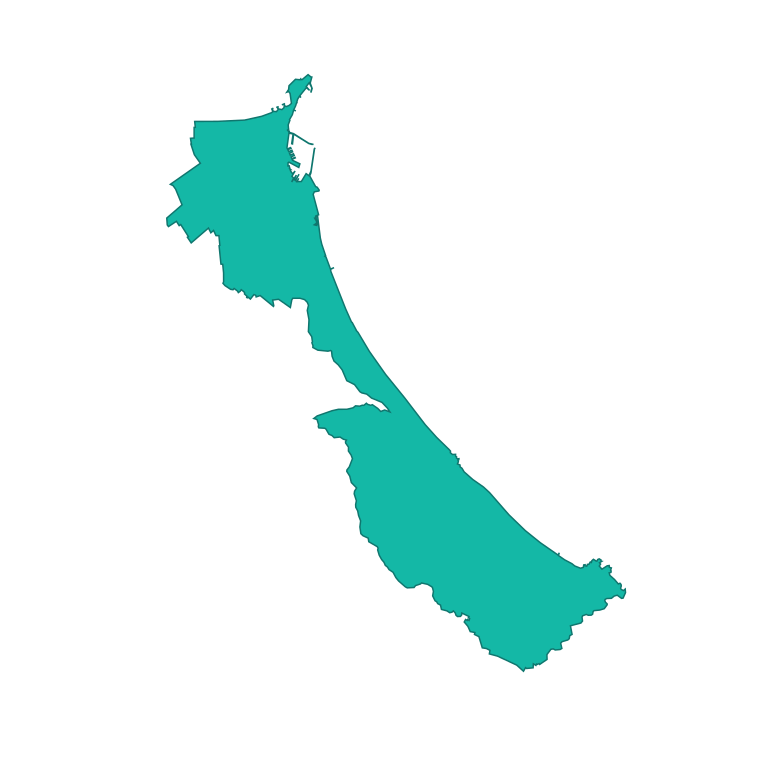 outline of Callao, Lima Province, Peru, rotated 152°
{"feature_id": "86281439B21009248898999", "entity_name": "Callao", "entity_type": "district", "adm_level": 2, "iso_a3": "PER", "parent_name": "Peru", "parent_adm1": "Lima Province", "projection": "natural_earth1", "projection_center": [-77.143, -11.949], "detail": "fine", "context": "isolated", "style": "filled", "palette": "teal", "viewbox_px": 768, "rotation_deg": 152, "n_neighbors": 0, "source": "geoboundaries", "source_scale": "gbopen_adm2", "svg_char_len": 6099}
<svg xmlns="http://www.w3.org/2000/svg" viewBox="0 0 768 768"><g transform="rotate(152 384 384)"><path d="M427.9,704.7L430.1,699.2L431.2,699.7L436.2,690.3L439.5,691.8L441.5,686.1L441.9,686.3L443.8,675.5L442.5,665.1L478.9,660.6L477.1,658.2L476.5,653.8L478.2,637.0L497.9,632.5L500.7,626.2L500.4,624.2L490.9,625.1L490.5,620.0L488.6,620.2L487.5,606.0L488.7,605.9L488.0,599.1L465.8,604.1L465.9,598.8L462.4,599.6L462.7,593.9L460.1,592.5L463.9,583.4L464.7,583.5L471.7,566.4L470.2,565.4L473.5,557.4L477.6,549.6L478.9,548.5L478.2,545.5L475.0,539.6L473.0,538.1L471.5,538.7L469.7,534.8L469.7,533.1L467.4,533.4L465.8,534.3L464.4,531.2L464.3,529.8L464.9,529.0L463.8,525.9L464.6,525.0L464.3,524.3L463.3,524.5L462.1,521.7L456.9,524.0L455.6,522.5L456.0,520.9L451.8,520.2L445.2,504.4L444.6,504.8L442.9,510.4L437.3,508.3L430.8,495.5L425.8,501.7L424.3,502.5L418.0,499.2L414.5,495.8L413.4,492.2L413.7,489.0L417.2,485.0L420.1,475.9L426.2,465.7L425.6,459.7L427.4,454.8L428.3,454.3L428.7,451.2L429.7,449.6L426.5,444.9L418.1,439.3L415.4,438.6L414.9,437.6L416.8,432.9L417.4,427.7L415.4,422.4L414.3,416.1L415.3,404.4L410.3,397.3L408.9,388.5L407.8,386.6L404.0,383.2L401.6,377.4L394.4,368.7L392.3,361.0L391.9,356.6L395.6,360.7L399.8,361.3L401.0,365.4L404.0,371.2L405.7,371.4L408.0,373.7L408.6,375.3L411.8,374.6L413.2,375.5L415.8,375.8L419.4,378.1L422.5,377.5L428.6,379.1L436.2,383.1L442.4,384.8L457.9,387.2L462.2,386.5L459.8,384.1L460.8,378.9L462.1,377.0L462.1,375.8L457.0,372.7L456.4,371.3L456.2,365.5L454.1,362.9L453.2,360.0L447.7,357.8L445.8,354.3L443.5,352.1L445.2,351.0L445.6,349.8L445.0,344.9L446.9,341.5L446.4,336.8L446.9,332.9L453.6,327.1L457.1,325.5L457.9,324.3L457.5,318.7L459.1,312.3L457.0,305.1L460.3,303.2L461.9,301.0L463.2,293.9L465.7,290.8L466.8,288.4L466.8,284.3L468.2,279.8L468.9,274.1L472.4,269.1L474.7,262.7L473.8,259.9L470.3,255.3L471.5,251.9L466.3,243.5L466.3,241.8L467.5,240.5L468.6,235.1L468.5,230.1L467.7,226.5L468.0,223.3L466.9,220.8L466.7,217.8L464.4,213.5L464.4,207.5L463.6,203.3L460.4,194.9L459.2,193.1L453.0,190.2L450.8,191.2L445.6,190.3L444.3,190.7L439.5,186.6L437.1,182.7L436.8,181.5L437.7,177.7L440.5,174.1L440.7,168.6L439.7,167.0L439.7,164.9L437.9,162.3L439.1,158.0L435.0,154.2L433.3,151.2L431.1,150.6L429.3,151.1L428.6,148.5L429.0,146.0L428.3,144.2L425.6,142.9L423.9,143.6L422.8,145.2L418.1,138.8L419.3,138.0L418.5,136.7L419.9,135.3L420.8,136.8L421.6,136.2L422.5,137.8L424.9,136.2L423.7,130.7L424.1,124.9L420.4,121.9L421.7,120.4L418.8,116.4L421.1,104.9L417.8,102.4L415.5,99.1L417.7,96.2L411.6,90.5L398.8,73.5L395.7,64.9L392.2,67.1L391.7,65.9L385.6,63.4L383.5,66.8L382.0,64.2L380.9,65.1L380.6,64.5L378.3,64.3L378.2,63.3L369.3,64.3L367.2,68.6L361.2,71.4L358.9,70.6L357.7,68.8L353.2,66.9L351.1,67.0L349.7,72.2L347.7,72.9L341.9,71.7L340.1,72.1L338.1,74.6L335.5,74.6L332.9,83.0L322.3,80.5L320.0,81.5L318.6,85.2L317.4,86.1L313.6,85.6L312.2,83.9L309.5,82.6L307.9,82.8L306.2,84.9L305.0,85.3L299.6,83.1L295.0,82.2L290.6,84.3L290.2,85.2L290.9,87.3L290.7,89.2L289.9,90.0L288.0,90.0L283.8,88.0L280.2,88.7L277.2,88.0L274.9,83.2L273.4,82.7L268.7,86.4L267.3,89.7L269.6,89.2L271.0,91.3L271.0,92.6L269.3,94.3L268.8,95.8L269.2,97.3L271.0,97.5L272.2,103.0L274.4,109.0L273.8,111.6L272.1,111.1L271.2,112.3L271.4,113.1L269.6,114.9L271.1,116.3L270.4,118.0L272.3,118.7L278.5,118.2L279.4,122.2L277.3,123.3L277.7,125.0L275.0,125.2L275.5,125.6L275.0,126.8L276.1,128.6L277.7,128.7L279.1,127.7L279.8,128.1L281.4,130.9L283.4,130.4L284.7,129.1L285.4,130.0L287.8,128.6L289.0,129.2L290.5,128.0L292.3,129.6L291.5,130.1L292.6,130.5L294.1,128.5L297.0,129.1L301.0,133.8L302.4,137.1L307.0,143.9L310.5,150.6L308.5,152.7L310.4,151.3L310.9,151.8L320.5,170.5L328.1,188.3L335.1,209.9L341.8,238.6L344.5,246.3L350.4,257.9L354.5,268.8L354.7,273.0L355.7,275.1L354.9,276.8L356.7,278.9L354.8,280.5L354.4,282.1L353.5,282.0L352.9,282.9L354.2,283.4L354.8,284.5L354.1,285.6L354.7,286.6L353.8,288.3L356.6,289.6L357.7,292.2L356.8,293.5L357.3,295.6L362.6,312.2L366.7,328.7L372.3,362.2L378.1,391.8L381.6,419.5L382.7,441.7L383.5,444.8L383.2,444.1L383.2,453.3L383.6,453.9L382.6,468.3L378.1,508.2L377.4,510.3L373.5,510.2L377.3,510.6L375.6,523.4L376.2,524.6L375.3,524.7L373.3,536.7L371.7,542.7L363.6,564.0L365.9,563.0L367.9,556.0L369.3,555.8L370.8,557.3L369.3,557.5L368.8,556.2L367.2,559.5L367.4,563.0L366.7,562.8L365.4,564.4L362.3,564.1L357.5,584.7L355.3,586.4L350.9,585.0L350.2,585.6L350.6,589.1L351.7,590.4L351.9,602.6L349.5,604.6L335.0,624.2L333.9,624.9L335.2,624.3L349.3,605.2L349.1,605.8L352.5,603.2L354.0,606.3L361.9,601.6L365.8,603.5L362.7,605.6L365.9,603.7L366.6,605.2L360.5,609.1L366.7,605.4L367.3,606.7L363.3,609.6L370.7,605.7L367.1,608.3L367.8,610.6L362.5,613.8L366.0,612.5L366.5,616.0L366.2,617.3L365.7,617.1L366.2,618.4L365.4,618.4L365.9,618.6L365.3,621.2L366.4,621.7L364.8,624.4L363.8,624.5L357.6,615.2L354.9,617.9L359.7,624.4L359.6,625.5L356.2,625.3L356.2,625.9L359.6,626.1L359.4,628.1L356.0,627.9L355.9,629.8L359.3,630.1L359.1,632.1L355.7,631.9L355.6,633.7L359.0,634.0L358.9,636.1L355.5,635.7L355.5,636.6L358.9,636.9L358.8,638.1L349.8,650.6L349.6,649.6L347.2,647.7L347.2,647.0L352.7,639.5L352.1,638.9L346.5,647.1L337.5,631.6L335.2,629.4L333.8,628.7L337.4,631.8L346.3,647.5L349.4,650.6L348.7,652.3L349.6,651.5L350.0,653.5L348.7,653.8L348.3,653.1L348.6,654.0L346.9,657.8L343.3,661.0L343.3,661.8L338.5,664.8L335.2,668.3L333.6,666.5L335.1,668.4L331.7,670.9L331.4,670.5L331.5,671.1L329.1,673.4L328.5,672.7L328.9,673.6L326.3,676.2L323.5,677.8L323.0,676.0L322.9,678.1L313.4,682.1L311.9,678.2L313.0,683.2L308.6,685.1L308.7,679.2L311.0,676.8L311.7,675.6L308.7,678.7L307.9,684.3L303.6,688.9L304.4,689.5L305.8,692.8L313.4,691.2L314.4,691.8L314.3,692.5L315.4,692.1L319.1,694.6L327.8,692.0L330.0,688.8L332.8,687.3L330.9,687.0L330.5,684.7L334.0,675.2L336.9,674.5L339.8,674.8L341.0,675.9L340.9,678.0L339.8,678.2L343.1,678.4L341.2,678.0L341.2,676.8L342.6,674.9L345.3,674.2L348.2,676.6L348.0,678.3L346.8,678.4L349.2,678.8L348.3,678.3L348.5,676.1L351.1,675.0L353.8,676.7L353.5,679.2L352.3,679.4L353.1,679.6L354.0,679.5L354.2,676.6L356.3,676.4L366.4,677.8L383.3,682.5L407.6,694.0L427.9,704.7Z" fill="#14b8a6" stroke="#0f766e" stroke-width="1.5"/></g></svg>